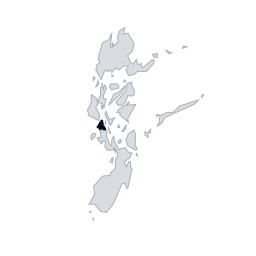 Sorsogon, Sorsogon, Philippines (highlighted), rotated 203°
{"feature_id": "2640588B8238689001419", "entity_name": "Sorsogon", "entity_type": "district", "adm_level": 2, "iso_a3": "PHL", "parent_name": "Philippines", "parent_adm1": "Sorsogon", "projection": "natural_earth1", "projection_center": [123.949, 12.823], "detail": "fine", "context": "in_parent", "style": "filled", "palette": "ink", "viewbox_px": 256, "rotation_deg": 203, "n_neighbors": 0, "source": "geoboundaries", "source_scale": "gbopen_adm2", "svg_char_len": 6777}
<svg xmlns="http://www.w3.org/2000/svg" viewBox="0 0 256 256"><g transform="rotate(203 128 128)"><path d="M120.5,40.5L129.1,44.9L134.0,42.6L132.7,53.6L136.9,61.0L132.4,73.9L126.1,77.3L126.2,81.0L123.7,85.7L127.2,93.8L126.4,95.9L128.1,101.6L133.3,104.8L133.1,101.9L138.1,99.5L141.7,101.3L143.7,107.3L146.0,106.1L146.3,103.0L152.1,106.1L152.0,107.7L149.0,108.7L152.1,113.9L151.7,116.1L155.9,117.1L154.9,123.5L152.8,121.9L153.6,118.8L146.1,117.0L144.4,111.5L137.8,105.2L136.3,105.4L138.6,112.2L137.8,114.9L135.2,110.5L128.2,104.7L123.1,108.7L117.2,105.5L114.8,106.6L114.6,101.3L118.4,95.0L114.2,91.8L114.3,97.3L112.5,97.7L110.3,93.0L108.3,92.2L104.8,72.9L105.5,71.9L109.3,75.8L111.8,74.9L111.8,53.9L114.6,42.0L120.5,40.5ZM171.6,162.1L180.1,168.7L181.4,173.1L179.5,178.0L182.1,179.5L183.2,183.4L184.7,196.5L180.1,201.9L180.1,209.3L175.8,195.3L174.2,196.3L170.5,204.1L173.0,207.2L173.9,213.8L170.2,219.0L168.8,212.6L165.2,215.3L155.2,208.0L154.1,199.9L156.7,194.4L150.3,188.7L148.3,188.8L147.1,194.3L143.6,190.3L140.6,192.6L140.0,190.0L137.9,189.4L132.3,200.5L130.2,200.3L129.7,197.1L133.5,186.9L141.4,184.0L143.0,180.2L147.6,176.5L152.5,180.2L151.9,185.5L156.6,183.0L159.0,177.9L162.9,178.4L164.5,172.8L167.7,174.3L168.5,172.1L171.9,172.3L171.6,162.1ZM146.2,168.7L142.4,171.6L140.9,168.1L137.3,165.8L135.4,161.2L136.2,159.3L140.8,157.6L140.3,151.8L142.3,146.6L145.5,145.1L148.5,146.1L149.1,148.0L144.4,160.6L146.2,168.7ZM168.8,124.1L172.3,128.7L171.8,136.9L174.7,144.4L168.7,143.0L166.4,140.4L165.0,137.4L165.9,134.5L159.5,129.2L157.7,123.5L168.8,124.1ZM129.7,133.3L140.6,136.9L141.2,139.0L144.3,137.7L143.9,141.1L139.8,147.5L130.1,152.7L131.9,136.2L129.7,133.3ZM88.6,168.9L74.3,181.1L75.8,176.4L98.0,152.2L99.0,145.4L101.9,140.7L101.6,145.7L103.5,151.9L97.6,157.9L92.8,159.9L88.6,168.9ZM112.0,110.5L121.4,111.7L125.2,115.8L125.4,122.6L121.8,128.3L118.1,124.3L114.9,115.3L111.3,112.0L112.0,110.5ZM161.0,140.3L165.2,139.9L166.3,142.1L166.2,148.0L169.2,154.5L167.7,156.2L165.9,153.7L166.3,158.3L163.4,156.4L163.5,148.0L162.0,145.6L159.5,146.1L158.1,137.7L161.0,140.3ZM146.8,166.3L147.0,159.2L154.7,141.3L154.3,153.3L150.7,157.0L146.8,166.3ZM161.2,161.7L155.7,164.2L153.5,163.9L152.1,161.3L158.2,156.6L161.0,158.4L161.2,161.7ZM145.3,123.3L154.7,131.8L154.8,134.7L148.1,128.4L144.3,132.3L145.3,123.3ZM158.4,108.9L156.3,110.3L154.7,108.5L156.9,102.8L159.1,105.7L158.4,108.9ZM134.4,205.3L130.1,207.9L128.6,204.5L131.3,203.4L134.4,205.3ZM105.9,127.2L109.9,128.3L110.9,131.2L107.3,131.2L105.9,127.2ZM129.8,110.2L132.1,111.3L130.8,114.8L128.8,113.1L129.8,110.2ZM119.2,212.2L123.7,214.4L117.3,214.2L119.2,212.2ZM174.1,159.9L171.8,157.1L173.9,152.7L173.6,155.4L174.1,159.9ZM132.4,122.4L130.9,129.9L129.8,126.8L130.8,123.1L132.4,122.4ZM108.9,222.7L109.2,224.9L104.9,226.3L108.9,222.7ZM131.2,90.1L131.1,93.5L130.0,94.9L128.9,89.6L131.2,90.1ZM139.0,148.6L137.0,152.9L137.0,150.4L139.0,148.6ZM107.6,132.5L106.6,135.6L105.6,132.0L107.6,132.5ZM161.4,138.3L159.9,138.4L158.5,135.9L160.2,135.6L161.4,138.3ZM137.8,124.6L137.8,127.4L135.7,125.1L137.8,124.6ZM179.8,161.5L177.7,161.0L178.7,157.9L179.8,161.5ZM143.0,116.1L146.8,121.7L142.0,116.1L143.0,116.1ZM107.2,150.9L104.7,152.5L105.4,150.0L107.2,150.9ZM150.2,168.6L149.7,171.0L148.3,169.8L150.2,168.6ZM150.8,122.9L151.6,126.3L149.8,122.1L150.8,122.9ZM72.6,187.8L71.3,187.6L71.6,185.5L72.6,185.2L72.6,187.8ZM163.7,170.5L162.1,170.6L161.9,169.4L162.9,169.1L163.7,170.5ZM175.3,200.4L174.1,198.9L174.5,197.3L175.3,198.1L175.3,200.4ZM109.8,106.3L110.5,108.2L108.5,106.0L109.8,106.3ZM168.7,157.2L169.4,159.7L167.6,156.6L168.7,157.2ZM130.8,35.8L128.9,37.4L130.3,35.1L130.8,35.8ZM132.8,103.2L130.3,101.7L130.3,100.7L132.8,103.2ZM123.9,29.7L125.5,31.5L123.7,30.3L123.9,29.7Z" fill="#d9dde1" stroke="#a8b0b8" stroke-width="1"/><path d="M148.2,117.8L148.3,117.9L148.7,118.5L148.8,118.4L149.0,118.3L149.4,118.8L149.5,119.0L149.9,119.0L149.7,119.0L149.9,119.1L150.2,119.4L150.2,119.2L150.3,119.1L150.1,119.0L150.2,118.9L150.3,118.8L150.3,118.7L150.3,118.8L150.4,118.7L150.5,118.7L150.4,118.6L150.5,118.6L150.8,118.4L150.8,118.5L150.7,118.6L150.7,118.8L150.6,118.7L150.6,118.8L150.4,118.9L150.5,119.2L150.5,119.3L150.6,119.5L150.7,119.4L150.8,119.4L150.7,119.3L150.6,119.2L150.8,119.2L151.0,119.2L151.1,119.3L151.1,119.2L150.9,119.2L150.8,119.3L151.1,119.4L151.0,119.5L151.3,119.7L151.5,119.3L151.4,119.3L151.4,119.2L151.6,119.2L151.6,119.3L151.8,119.4L151.8,119.5L151.9,119.4L152.0,119.4L152.1,119.2L152.1,119.3L152.2,119.2L152.3,119.1L152.2,119.0L152.3,119.0L152.3,118.9L152.5,119.0L152.5,118.9L152.6,118.7L152.8,118.5L152.8,118.4L152.7,118.3L152.8,118.3L152.8,118.2L152.9,117.9L153.1,118.0L153.1,117.9L153.3,117.9L153.4,118.0L153.5,118.1L153.8,118.2L154.0,118.1L154.3,118.1L154.5,118.0L154.7,118.4L154.7,118.6L154.6,118.8L154.6,119.0L154.5,119.3L154.3,119.3L154.2,119.4L154.2,119.5L154.2,119.4L154.0,119.2L153.9,119.3L153.7,119.3L153.6,119.7L153.4,119.7L153.2,119.6L152.6,119.3L152.6,119.5L152.4,119.6L152.5,119.6L152.4,119.8L152.4,120.0L152.3,119.9L152.2,120.0L152.4,120.1L152.4,120.3L152.4,121.0L152.5,121.4L152.6,121.9L152.7,122.1L152.8,122.3L152.9,122.5L153.2,122.6L153.3,122.8L153.4,122.7L153.5,122.7L153.5,122.9L153.6,123.0L153.7,123.3L153.9,123.6L154.0,123.7L154.1,123.9L154.4,123.9L154.5,124.0L154.5,123.9L154.5,124.0L154.7,123.8L154.7,124.0L154.8,124.0L154.9,123.9L155.1,123.9L155.2,124.0L155.2,123.9L155.2,123.7L155.3,123.7L155.3,123.8L155.4,123.7L155.2,123.4L155.3,123.2L155.5,123.2L155.5,122.9L155.3,122.8L155.3,122.6L155.8,122.2L155.8,121.9L155.9,121.7L155.8,121.3L155.8,121.2L155.9,120.8L156.0,120.7L156.1,120.2L156.1,119.9L156.0,119.7L155.9,119.3L155.9,119.2L156.0,119.2L155.9,119.0L155.7,119.1L155.6,118.9L155.8,118.8L155.7,118.7L155.9,118.5L156.0,118.2L155.9,118.1L156.0,118.0L155.9,118.0L155.9,117.9L156.0,117.8L156.0,117.6L156.3,117.6L156.6,117.4L156.4,117.2L156.5,117.1L156.5,116.8L156.4,116.7L156.1,116.7L155.9,116.6L155.6,116.7L155.5,116.8L155.5,117.1L155.4,117.3L155.2,117.6L155.1,117.4L155.0,117.2L154.8,117.0L154.7,117.1L154.5,116.9L154.4,116.8L154.2,116.4L153.9,116.1L153.7,116.2L153.4,115.9L153.4,116.0L153.3,116.5L153.2,116.9L153.2,117.0L152.8,117.0L152.6,117.0L152.0,117.3L151.8,117.5L151.7,117.5L151.5,117.8L151.4,117.6L151.1,117.2L150.9,117.1L150.3,117.3L150.2,117.4L150.2,117.5L150.1,117.3L149.9,117.5L149.8,117.3L149.4,117.3L149.3,117.2L149.1,117.3L148.9,117.3L148.3,117.6L148.2,117.7L148.2,117.8ZM151.9,119.8L152.0,120.0L152.2,119.9L151.9,119.8ZM155.5,123.8L155.4,123.9L155.3,124.1L155.5,124.1L155.5,123.9L155.5,123.8ZM152.9,119.2L152.9,119.4L153.0,119.4L153.1,119.2L153.0,119.3L152.9,119.2ZM155.6,123.6L155.6,123.8L155.6,123.7L155.6,123.6ZM155.8,123.3L155.7,123.3L155.8,123.3ZM151.5,119.8L151.5,119.7L151.5,119.8L151.5,119.8ZM152.0,119.4L152.0,119.5L152.0,119.4Z" fill="#0f172a" stroke="#020617" stroke-width="1.5"/></g></svg>